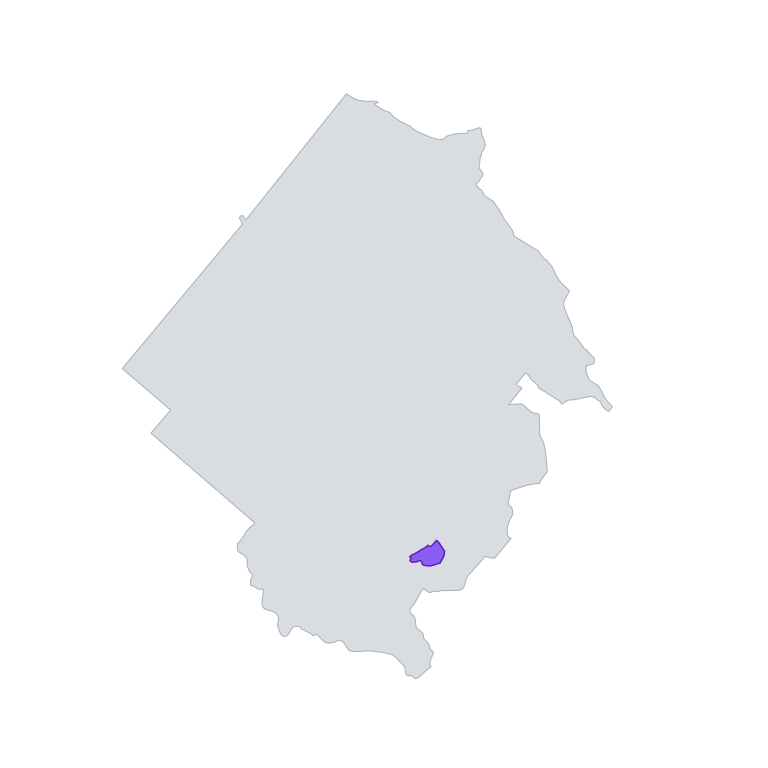 Abu Jabrah, Eastern Darfur, Sudan shown in context, rotated 310°
{"feature_id": "16777658B57508233382932", "entity_name": "Abu Jabrah", "entity_type": "district", "adm_level": 2, "iso_a3": "SDN", "parent_name": "Sudan", "parent_adm1": "Eastern Darfur", "projection": "orthographic", "projection_center": [26.739, 10.949], "detail": "fine", "context": "in_parent", "style": "filled", "palette": "violet", "viewbox_px": 768, "rotation_deg": 310, "n_neighbors": 0, "source": "geoboundaries", "source_scale": "gbopen_adm2", "svg_char_len": 4733}
<svg xmlns="http://www.w3.org/2000/svg" viewBox="0 0 768 768"><g transform="rotate(310 384 384)"><path d="M513.5,573.6L507.6,573.8L506.9,572.4L506.9,568.5L507.5,565.5L509.6,560.8L509.0,558.3L509.2,554.6L507.6,550.5L493.2,538.9L490.4,535.7L482.7,532.9L483.9,529.5L480.3,505.1L481.8,502.3L482.1,498.0L482.0,494.2L483.7,488.0L483.8,485.3L468.8,485.4L468.7,488.1L469.4,491.1L469.4,492.3L448.5,492.8L457.1,502.2L457.5,506.4L457.2,511.6L457.4,515.0L457.9,517.2L460.2,521.4L460.1,522.2L459.6,523.2L444.9,536.3L442.5,542.2L440.6,545.4L436.4,550.7L422.9,564.5L420.7,565.5L410.3,566.1L409.3,566.4L408.5,567.1L408.0,566.9L399.0,559.0L384.0,549.6L374.1,554.7L371.4,556.6L371.4,561.2L369.9,563.6L367.3,566.2L359.9,567.9L356.1,569.3L351.6,571.9L347.2,576.3L346.9,578.6L347.4,580.6L322.0,580.7L320.3,579.1L316.6,571.9L314.0,572.3L290.9,571.6L287.6,572.3L281.0,575.3L277.7,575.8L274.3,574.4L262.1,560.2L259.5,558.5L256.8,555.1L254.2,553.6L253.3,552.5L253.0,551.0L253.1,547.9L252.3,545.9L250.4,545.5L234.1,548.7L231.7,548.3L228.3,548.9L227.1,549.5L225.7,551.3L225.5,555.2L225.0,557.2L223.8,559.3L219.1,564.1L218.1,566.2L218.3,571.5L217.9,574.2L217.2,575.4L215.2,577.4L214.5,578.6L213.6,585.4L211.0,589.5L210.4,590.9L210.3,593.9L209.8,594.8L202.4,597.1L199.7,598.5L197.9,600.8L197.5,601.8L194.4,601.0L190.3,600.3L182.6,599.5L179.6,598.4L178.1,596.8L178.6,592.7L177.9,591.8L176.6,591.0L175.8,589.3L176.0,587.1L180.1,582.4L181.0,579.9L182.2,568.0L181.9,564.3L178.7,557.6L171.4,545.9L169.7,543.7L160.6,534.1L159.5,532.6L157.3,528.6L159.9,519.8L160.1,517.4L159.5,514.9L157.2,513.0L155.1,512.7L152.4,510.3L150.7,509.2L149.1,507.2L148.1,504.3L149.0,493.9L148.5,492.5L146.1,492.1L145.6,491.4L145.7,489.4L144.6,483.5L143.2,478.6L144.0,475.9L142.1,472.2L138.4,470.5L131.1,471.6L128.8,471.4L127.3,470.7L126.2,469.3L125.7,467.7L126.2,465.3L128.4,461.0L131.0,457.4L136.3,454.2L137.8,452.4L138.6,450.5L138.8,448.3L138.5,445.9L137.9,443.8L136.4,440.9L135.1,437.5L135.1,435.3L135.8,433.7L137.2,431.7L142.5,428.0L147.9,424.9L148.8,423.8L148.5,422.5L146.1,419.8L145.4,414.7L144.1,411.2L146.9,408.6L148.9,407.6L152.0,406.9L153.3,405.8L153.7,403.6L153.6,401.6L154.7,400.1L156.3,396.9L157.5,395.5L161.7,391.7L162.6,389.3L162.9,386.9L161.9,379.8L164.3,376.8L167.3,374.4L171.6,374.6L178.3,374.1L182.8,373.2L186.1,373.2L193.4,374.6L194.2,374.1L194.6,372.2L196.5,237.0L226.5,237.3L226.9,237.0L227.6,173.6L414.0,172.8L415.5,172.6L418.3,166.6L419.5,166.2L421.4,166.5L422.1,167.9L420.7,172.7L582.2,168.7L583.0,175.9L584.7,181.6L589.8,189.7L594.0,194.0L595.5,196.5L595.7,197.6L595.6,198.7L594.4,197.5L592.3,196.7L592.3,200.6L593.7,208.5L595.7,214.0L594.9,219.2L595.6,227.9L598.3,238.4L598.3,245.1L602.7,260.6L606.5,269.2L608.4,271.2L610.6,272.3L614.5,272.9L620.6,277.1L625.4,281.6L627.2,284.0L629.6,286.6L631.1,286.1L632.0,285.3L633.6,287.4L641.1,291.8L642.3,293.9L639.9,296.2L637.1,300.0L635.8,303.4L635.1,304.5L632.8,306.8L632.5,307.8L631.5,308.5L630.3,308.6L627.9,309.9L625.7,309.6L623.4,310.3L622.6,311.2L620.9,311.9L618.5,312.4L614.8,315.4L611.6,317.0L610.5,318.2L609.1,324.0L607.9,325.5L603.0,325.9L600.6,326.5L597.3,325.9L595.7,326.1L595.4,327.3L595.0,332.3L595.2,334.4L592.8,340.1L594.1,350.7L591.8,358.6L591.5,360.5L589.1,366.8L587.8,369.2L584.9,381.1L583.7,384.7L580.9,388.6L585.1,416.7L583.0,425.4L583.3,430.1L581.8,437.2L580.6,440.4L578.5,444.4L576.8,448.8L575.4,454.6L574.7,465.5L574.2,466.5L565.3,468.1L562.5,468.9L560.7,470.2L558.4,473.0L554.1,480.8L551.9,485.6L548.3,492.1L544.1,496.8L543.2,499.0L542.6,503.1L541.2,509.7L539.8,514.3L540.2,518.0L539.0,524.5L539.3,527.6L537.8,529.4L535.8,531.1L534.4,531.6L528.0,527.4L523.6,530.5L521.0,534.8L518.9,539.1L520.4,548.0L520.3,549.9L519.7,552.1L515.8,560.9L514.6,565.0L513.5,572.0L513.5,573.6Z" fill="#d9dde1" stroke="#a8b0b8" stroke-width="1"/><path d="M265.4,517.5L265.3,518.1L265.3,518.3L265.3,518.9L265.4,519.8L266.0,520.6L268.2,522.9L269.2,523.7L269.5,523.8L270.1,524.0L270.4,524.2L271.1,524.6L271.7,525.0L271.9,525.3L272.1,525.4L272.2,525.7L272.2,525.8L272.1,526.3L271.9,526.8L271.9,527.3L271.8,527.7L271.1,528.3L270.6,529.1L270.6,529.7L270.7,530.8L271.0,531.4L271.4,532.2L271.8,533.0L272.5,533.7L273.1,534.6L273.2,534.8L274.5,536.5L276.1,537.6L278.1,538.9L283.0,542.1L284.9,541.7L289.4,540.8L289.9,540.6L291.0,540.4L293.3,538.9L294.9,537.7L295.0,537.7L295.4,536.2L296.0,534.1L296.8,531.4L297.7,528.5L298.0,525.2L297.9,525.1L297.9,524.9L297.8,524.7L290.6,524.5L289.6,524.1L288.9,523.1L288.7,521.4L287.1,521.1L286.0,521.0L285.0,520.6L284.6,520.5L281.7,519.4L277.8,518.0L276.5,517.6L275.2,517.2L274.3,516.9L273.4,516.5L272.4,516.1L272.2,515.9L271.3,515.5L270.7,515.3L270.0,515.0L269.1,514.8L268.9,514.8L268.2,514.8L268.2,516.0L266.6,517.2L265.4,517.5Z" fill="#8b5cf6" stroke="#5b21b6" stroke-width="1.5"/></g></svg>